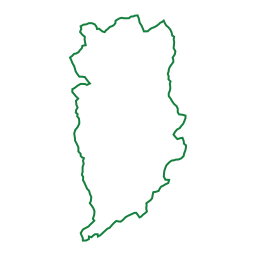 outline of Silveiras, São Paulo, Brazil
{"feature_id": "56859067B66153015253412", "entity_name": "Silveiras", "entity_type": "district", "adm_level": 2, "iso_a3": "BRA", "parent_name": "Brazil", "parent_adm1": "São Paulo", "projection": "natural_earth1", "projection_center": [-44.843, -22.748], "detail": "fine", "context": "isolated", "style": "outline", "palette": "green", "viewbox_px": 256, "rotation_deg": 0, "n_neighbors": 0, "source": "geoboundaries", "source_scale": "gbopen_adm2", "svg_char_len": 2906}
<svg xmlns="http://www.w3.org/2000/svg" viewBox="0 0 256 256"><path d="M141.5,25.5L139.6,22.6L139.0,19.0L137.6,15.4L135.1,15.6L133.3,16.4L130.9,16.6L129.0,18.2L126.4,18.3L123.4,18.2L121.4,17.8L119.0,18.6L115.6,20.7L115.4,23.1L113.9,25.1L112.0,26.2L109.8,26.9L107.8,29.0L105.9,30.4L104.7,32.1L102.5,31.5L99.0,28.7L97.0,29.0L96.5,26.8L94.8,24.4L92.0,23.2L88.8,23.2L86.2,24.4L83.7,24.6L80.6,26.3L81.3,28.6L80.1,32.0L82.4,34.8L84.8,36.7L84.6,39.3L85.0,41.9L85.7,45.2L82.4,45.8L81.8,48.3L80.0,50.1L78.6,52.1L76.5,53.4L74.0,53.9L72.2,55.9L70.0,57.6L71.1,59.8L72.5,63.3L74.1,66.0L75.0,68.8L75.6,71.2L76.7,73.1L79.3,76.7L82.0,76.7L84.9,77.1L86.4,79.2L88.2,81.6L89.9,83.5L86.9,84.9L85.2,84.1L82.8,83.9L80.4,84.0L77.4,85.8L75.8,87.1L74.1,88.3L72.4,89.1L72.3,92.0L74.0,94.0L76.0,96.4L78.2,98.6L76.0,100.8L76.4,104.9L77.6,107.6L76.2,109.9L75.8,112.5L77.6,114.1L77.2,116.4L78.9,118.4L79.2,120.5L79.3,123.6L77.7,127.0L75.3,129.9L74.2,133.4L74.9,137.9L75.1,140.7L76.7,143.7L78.4,147.3L78.4,151.5L80.6,153.8L80.7,156.0L82.1,157.4L83.9,158.1L83.0,160.7L83.7,163.7L82.6,166.9L82.6,169.5L82.6,171.9L81.9,174.7L83.2,177.0L83.0,180.1L84.4,182.7L86.0,186.3L87.1,188.8L89.1,190.8L89.9,193.9L91.3,197.1L90.8,201.2L89.8,203.1L91.7,205.7L93.3,208.1L94.5,211.2L94.2,214.8L92.9,218.9L94.3,220.7L92.4,222.6L90.0,224.8L88.5,226.5L85.5,228.1L83.1,229.3L80.7,233.1L81.6,235.5L82.7,237.9L82.9,240.6L86.1,240.5L88.9,239.1L88.9,236.5L91.4,237.2L93.3,235.5L94.9,234.3L97.6,234.2L98.0,236.5L100.2,235.3L102.6,233.1L105.4,230.5L107.4,228.7L109.6,227.8L112.2,224.8L114.2,222.7L116.3,221.0L118.3,221.4L120.6,221.7L123.2,219.7L125.3,217.4L127.8,215.9L130.4,214.7L134.4,212.9L136.2,212.8L138.1,215.3L139.5,217.4L141.3,216.5L142.9,214.8L144.8,213.4L146.9,211.6L146.2,208.2L146.6,205.9L146.4,203.2L150.5,200.2L152.1,198.3L152.7,194.7L153.3,192.2L155.8,191.8L158.6,190.9L159.9,188.3L161.2,186.6L163.2,185.7L165.4,184.3L168.3,183.0L169.1,179.9L165.4,179.7L163.8,176.6L164.0,173.7L164.4,170.6L165.2,168.3L166.3,165.5L167.8,163.8L169.8,161.8L171.9,160.5L174.0,160.3L175.9,159.6L178.4,159.5L181.2,158.4L183.6,156.1L184.1,153.6L185.3,150.5L185.9,147.8L186.0,145.4L183.9,143.6L183.7,141.0L182.5,137.8L179.7,138.4L177.4,139.1L175.7,137.3L173.5,134.6L175.1,131.8L177.1,129.5L179.8,128.0L181.4,125.8L183.2,123.8L184.4,121.0L185.5,118.1L185.5,115.6L183.2,114.9L179.0,114.3L177.7,112.1L177.8,108.8L176.5,106.1L174.0,103.9L171.9,100.9L170.9,99.0L168.8,96.2L168.7,93.4L169.8,90.8L170.3,88.4L170.2,86.2L169.8,83.8L170.5,81.4L168.5,79.4L168.7,76.5L167.8,73.8L168.6,71.5L168.9,69.0L170.0,66.6L171.7,64.3L173.3,62.0L173.3,59.8L172.6,57.7L174.8,54.4L175.4,51.3L173.6,48.1L174.0,44.6L174.2,42.1L173.7,39.4L174.1,36.7L172.3,35.6L171.6,32.5L170.3,29.6L168.3,27.2L166.3,25.6L164.8,23.1L163.7,20.6L162.0,22.0L160.3,22.7L158.9,24.1L157.0,25.6L154.5,27.1L151.7,28.1L149.6,29.5L147.7,31.3L143.9,31.4L142.6,28.0L141.5,25.5Z" fill="none" stroke="#15803d" stroke-width="2"/></svg>